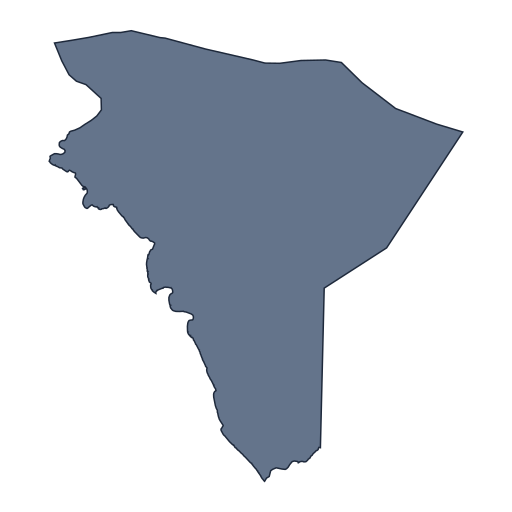 Asmat, Papua, Indonesia
{"feature_id": "22746128B62198228854475", "entity_name": "Asmat", "entity_type": "district", "adm_level": 2, "iso_a3": "IDN", "parent_name": "Indonesia", "parent_adm1": "Papua", "projection": "natural_earth1", "projection_center": [138.155, -5.583], "detail": "fine", "context": "isolated", "style": "filled", "palette": "slate", "viewbox_px": 512, "rotation_deg": 0, "n_neighbors": 0, "source": "geoboundaries", "source_scale": "gbopen_adm2", "svg_char_len": 5871}
<svg xmlns="http://www.w3.org/2000/svg" viewBox="0 0 512 512"><path d="M325.6,60.0L301.0,60.5L279.8,63.3L265.0,63.1L253.2,60.0L205.4,49.0L165.1,38.1L160.0,37.6L131.3,30.7L120.7,32.5L112.3,32.5L88.8,37.4L72.3,40.2L54.5,43.0L61.8,60.9L69.1,74.8L76.4,81.2L86.0,84.6L101.1,98.4L101.4,109.9L96.8,116.0L91.2,120.4L84.8,124.4L79.9,127.8L74.6,130.2L70.8,131.2L69.5,132.0L68.9,133.8L67.4,135.1L67.1,136.8L66.3,138.7L65.5,139.7L64.5,140.6L62.6,140.5L61.3,141.0L60.3,141.6L59.4,142.6L59.2,144.4L59.3,145.8L60.2,147.1L62.4,148.5L64.2,149.3L65.1,150.6L64.8,152.4L63.0,153.8L61.7,154.3L60.1,154.5L58.5,154.0L56.4,153.7L54.4,153.7L51.0,155.6L50.0,156.3L50.3,158.1L50.3,158.5L49.8,159.4L49.2,161.3L49.9,161.9L50.2,162.6L50.6,163.0L52.5,164.5L54.5,165.4L54.9,165.4L55.2,165.0L55.9,166.0L57.8,166.7L59.4,167.7L61.9,168.0L62.8,169.1L66.7,171.7L67.6,171.8L67.7,171.6L68.0,171.6L68.4,171.2L68.5,170.9L69.4,170.2L70.8,170.8L71.4,171.4L72.2,171.8L73.4,172.4L75.4,173.0L75.5,173.2L75.6,174.2L75.0,176.6L75.0,177.2L76.6,178.4L82.0,185.5L83.2,186.4L85.1,186.9L86.8,189.1L87.3,190.7L87.3,192.4L87.0,193.3L85.3,195.2L84.1,197.3L83.4,199.2L82.9,202.1L82.9,203.5L83.1,204.2L84.4,206.6L85.1,207.5L85.8,207.9L86.9,208.4L87.5,208.3L88.0,207.9L88.1,207.7L91.0,205.3L91.6,205.0L92.2,204.9L93.5,206.1L94.7,206.6L96.0,206.9L96.8,206.7L96.8,207.0L97.7,207.3L98.2,208.3L98.6,208.1L98.6,208.6L99.0,209.2L100.4,209.5L101.3,209.3L101.8,208.8L103.5,208.6L104.9,208.0L105.4,208.0L105.5,208.3L106.2,208.4L107.5,207.7L108.4,206.9L108.9,206.4L109.0,205.8L109.3,205.2L110.7,204.6L113.1,204.4L113.3,204.5L113.4,205.6L114.0,206.4L115.0,206.9L115.6,206.9L116.2,207.3L116.6,207.3L116.8,208.0L116.7,208.6L117.0,208.9L117.2,209.8L118.5,211.8L122.0,216.0L123.3,216.7L123.3,217.0L123.6,217.2L123.6,217.4L123.9,217.5L124.6,218.7L125.1,219.8L127.8,223.5L128.1,223.7L128.2,224.2L128.5,224.3L128.9,225.1L129.9,226.0L130.3,226.2L131.3,227.6L132.3,228.9L132.8,229.0L132.8,229.3L133.4,230.0L133.5,230.3L134.1,231.1L134.3,231.2L134.4,231.5L139.4,236.6L140.4,237.5L141.6,237.9L143.3,238.1L145.7,237.5L147.3,237.8L148.7,238.9L149.3,239.9L150.1,240.8L150.9,241.2L151.4,241.1L153.0,241.8L154.6,242.9L154.6,244.2L154.3,244.6L152.5,249.2L151.0,249.8L150.5,250.3L150.4,250.7L149.6,251.8L149.2,253.4L148.6,254.9L148.4,255.0L148.3,254.6L148.1,254.6L147.9,255.4L147.5,258.2L147.9,258.6L147.4,258.7L147.2,259.1L146.6,262.6L146.5,264.5L146.9,267.2L147.2,267.9L147.1,268.1L146.9,268.0L146.9,268.3L147.5,270.2L147.4,270.5L147.3,270.4L147.2,270.6L147.2,271.1L147.7,271.4L147.5,271.5L147.6,271.8L147.8,271.8L147.7,272.2L148.0,273.6L147.8,273.6L147.7,274.2L147.8,274.4L148.0,274.5L147.7,275.4L147.8,276.9L148.5,278.5L148.8,278.8L148.9,279.1L148.6,279.4L148.6,279.8L149.4,282.0L150.8,283.0L151.1,283.6L151.1,284.0L150.6,284.9L150.6,285.6L150.7,287.1L151.0,288.4L151.5,289.3L152.3,290.0L152.2,290.5L152.4,290.8L153.9,292.1L155.9,293.4L155.9,293.1L155.7,292.8L155.7,292.3L156.3,291.3L157.1,290.7L156.8,290.6L156.9,290.4L162.6,288.1L162.9,288.3L163.2,288.1L163.4,287.7L163.7,287.4L165.8,287.1L166.6,287.3L168.0,287.3L170.6,287.9L170.9,287.7L171.1,288.1L171.7,288.5L172.3,289.4L172.7,291.1L172.7,292.6L172.3,293.1L171.0,293.8L169.9,294.8L169.7,295.2L168.9,297.5L168.9,300.2L169.6,304.1L170.0,305.1L170.3,305.2L170.1,305.3L170.2,306.6L170.7,308.0L172.5,310.2L173.4,310.7L175.8,311.4L179.3,311.5L183.6,311.3L184.0,311.7L186.1,312.0L191.1,313.9L191.9,314.4L192.9,315.2L193.4,316.8L193.4,317.5L193.1,319.2L192.6,319.9L190.6,320.1L189.4,320.4L189.0,320.6L188.2,321.9L187.8,323.1L187.4,326.3L187.5,330.5L187.6,331.8L188.0,332.0L187.8,332.2L187.8,332.7L188.5,334.2L188.9,334.7L189.2,334.8L189.2,335.0L190.2,336.2L190.6,336.5L190.7,336.3L190.8,336.8L191.2,337.1L191.9,337.6L192.1,337.5L192.2,337.8L192.9,338.0L193.2,338.4L193.5,340.0L193.9,340.3L194.3,341.0L195.4,343.3L195.6,344.1L196.2,344.6L198.7,349.4L199.1,349.9L199.3,350.0L199.2,350.3L199.3,350.9L200.0,352.1L200.3,353.8L200.7,354.3L201.3,356.2L202.3,358.6L202.5,358.8L202.4,359.3L203.2,361.0L203.7,361.5L203.8,362.0L205.5,365.7L205.6,366.3L206.9,367.7L207.0,368.1L206.7,369.4L206.7,370.3L207.0,372.0L207.5,373.4L207.9,374.0L208.3,375.3L209.3,376.9L210.3,379.1L210.5,379.3L211.5,380.8L213.6,385.1L213.9,385.1L213.9,385.5L213.7,385.6L214.6,387.6L215.6,388.8L215.7,389.9L216.0,390.3L216.0,390.6L215.7,391.0L215.0,391.3L214.5,391.8L213.8,393.2L213.6,394.4L213.7,397.1L215.4,405.7L216.4,408.6L217.3,410.1L217.4,412.5L217.8,413.2L218.0,414.6L218.5,416.9L219.0,418.1L219.1,418.8L220.3,421.0L223.2,425.4L222.9,426.2L222.5,426.6L222.3,427.3L221.1,428.9L221.0,429.3L221.0,430.0L221.3,430.8L223.3,434.5L224.2,435.5L224.7,435.8L229.2,441.3L230.7,442.9L231.1,443.1L231.8,444.0L233.2,444.8L233.2,445.2L233.4,445.3L233.9,445.3L234.1,445.9L234.4,446.2L234.6,446.8L235.2,447.6L236.4,448.2L236.5,448.6L237.9,450.1L238.6,450.5L240.1,451.9L240.4,452.3L241.2,453.1L242.8,454.4L243.6,455.6L245.5,457.3L250.1,462.3L251.2,463.2L251.7,463.3L251.7,463.7L252.4,464.7L252.7,464.8L253.0,465.5L255.5,468.5L256.1,469.0L257.1,470.6L257.7,471.0L257.6,471.4L258.3,472.4L258.8,472.8L258.7,473.0L260.9,476.1L260.9,476.5L262.2,478.6L263.0,479.4L263.8,480.6L264.6,481.3L266.5,478.1L269.2,476.5L270.7,470.7L272.7,469.3L276.2,467.8L281.8,469.0L285.2,469.4L286.5,468.8L288.2,467.1L289.7,464.6L292.2,461.6L294.3,461.0L297.6,461.5L298.1,462.1L298.2,462.8L298.5,462.8L299.7,461.8L301.4,461.4L303.0,461.5L303.9,461.9L305.9,461.7L307.2,460.6L308.0,459.7L308.2,459.2L309.1,458.7L309.4,458.2L309.9,458.1L310.9,456.1L312.1,455.3L313.1,453.7L314.9,452.1L316.3,450.6L316.9,450.5L317.8,449.9L318.2,449.3L318.4,448.4L318.9,447.4L320.4,447.7L324.2,288.1L386.6,247.9L462.8,132.0L436.6,124.1L395.6,108.5L362.1,82.8L341.4,62.5L325.6,60.0ZM85.1,187.7L84.5,187.1L83.8,187.6L83.5,188.3L82.7,188.2L82.5,188.6L82.7,188.8L83.1,188.9L83.3,189.7L83.9,189.8L85.6,189.0L86.0,188.7L86.0,188.4L85.6,187.9L85.1,187.7Z" fill="#64748b" stroke="#1e293b" stroke-width="1.5"/></svg>